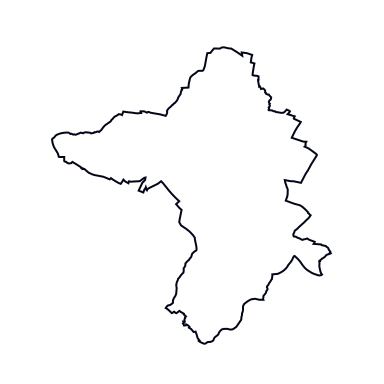 the district of Apoldu De Jos, Sibiu, Romania, rotated 189°
{"feature_id": "2599482B80267229477921", "entity_name": "Apoldu De Jos", "entity_type": "district", "adm_level": 2, "iso_a3": "ROU", "parent_name": "Romania", "parent_adm1": "Sibiu", "projection": "natural_earth1", "projection_center": [23.854, 45.907], "detail": "fine", "context": "isolated", "style": "outline", "palette": "ink", "viewbox_px": 384, "rotation_deg": 189, "n_neighbors": 0, "source": "geoboundaries", "source_scale": "gbopen_adm2", "svg_char_len": 5943}
<svg xmlns="http://www.w3.org/2000/svg" viewBox="0 0 384 384"><g transform="rotate(189 192 192)"><path d="M335.5,226.4L336.6,224.4L338.1,222.8L338.5,222.1L337.3,218.4L335.4,214.8L330.7,209.3L329.9,207.8L329.1,205.9L328.0,205.9L323.7,206.6L323.1,202.7L322.8,202.4L322.0,202.1L320.9,202.1L320.3,201.5L318.2,200.9L317.7,201.0L315.8,201.6L314.9,203.0L309.9,201.0L306.3,199.4L305.3,198.9L305.2,198.3L304.7,197.9L304.3,197.8L303.9,198.3L303.5,198.3L303.2,197.6L301.9,197.9L297.1,194.9L293.0,193.8L291.1,193.5L281.9,193.2L275.2,191.6L274.2,193.0L272.3,192.0L269.3,190.7L265.8,189.4L263.7,188.9L262.6,191.1L261.7,193.5L259.6,192.0L256.2,190.7L255.9,192.7L254.2,192.6L245.3,194.5L241.4,198.5L240.2,199.0L240.2,196.5L242.5,193.3L244.9,185.0L240.0,183.9L239.7,185.2L239.8,185.8L239.2,187.4L238.8,187.7L238.4,189.5L237.2,186.9L236.8,186.6L236.6,187.2L235.9,188.5L226.9,194.9L224.2,197.8L221.8,196.0L215.0,189.8L211.9,187.2L207.2,183.6L203.2,180.9L205.8,177.5L202.1,174.4L199.5,172.7L199.9,163.7L199.9,160.2L197.6,157.3L192.0,154.7L188.1,152.5L184.2,149.5L182.1,147.3L181.9,146.1L179.3,139.2L178.7,137.1L178.5,135.6L178.6,135.0L180.6,133.2L182.2,131.0L182.6,128.0L182.8,127.4L184.0,125.6L184.3,124.5L185.6,123.1L187.3,120.4L187.3,120.0L187.1,118.3L187.3,117.4L188.3,115.3L187.8,112.3L187.9,110.9L188.7,110.0L190.5,107.0L191.0,105.6L192.1,104.2L192.2,103.0L192.9,100.4L193.0,98.5L192.9,97.0L192.1,94.8L191.7,88.9L192.3,86.4L192.9,85.3L193.8,82.5L193.8,81.7L193.5,79.6L194.3,78.5L196.3,76.7L197.4,76.5L198.1,76.1L199.1,74.8L199.8,73.3L198.3,72.7L196.7,71.8L193.0,69.2L192.2,69.7L191.4,70.7L190.9,71.0L189.3,70.0L188.3,69.9L187.1,71.3L185.8,72.6L184.6,71.9L181.0,70.5L181.1,70.0L181.0,69.8L178.5,68.2L179.3,67.0L179.0,66.4L179.3,65.9L179.5,64.9L179.0,63.2L180.3,62.8L179.2,61.7L180.4,60.8L179.6,59.9L179.1,58.9L177.3,59.3L177.0,60.3L175.7,59.9L174.5,59.3L173.4,58.4L173.8,57.5L171.5,56.6L168.5,54.0L166.6,54.6L166.2,53.6L165.4,52.5L163.6,48.6L163.0,48.0L161.5,46.7L162.0,46.4L162.2,46.1L162.1,45.9L160.6,45.2L157.6,44.3L156.5,44.1L155.4,44.2L154.6,44.8L153.1,46.2L150.2,46.9L148.8,47.7L148.0,48.4L147.6,49.2L147.4,50.6L147.1,51.4L146.7,52.1L144.1,54.9L143.7,55.5L143.3,57.5L142.0,59.8L141.1,60.9L138.9,61.9L137.8,61.9L136.0,62.4L132.7,62.1L130.9,62.5L129.6,63.3L127.1,65.8L123.4,73.6L123.6,75.9L123.4,78.3L123.6,80.1L123.2,81.6L123.2,83.8L123.7,86.7L123.5,88.0L123.1,89.3L122.2,90.4L119.5,93.2L117.1,95.0L116.1,95.5L112.9,96.4L108.8,96.1L104.7,96.7L105.1,97.3L105.0,98.9L105.2,100.5L103.3,103.7L103.0,106.0L102.2,107.4L102.4,108.6L103.1,109.6L103.1,110.6L102.2,111.9L101.6,113.9L100.6,115.8L100.1,117.3L99.4,118.7L99.5,119.4L99.5,121.7L99.8,123.2L94.4,124.6L91.4,126.7L89.3,128.6L87.4,131.0L86.2,133.0L85.5,135.0L83.7,138.0L82.5,140.5L81.8,143.3L81.0,144.8L80.7,144.9L76.8,142.3L74.1,140.0L71.8,137.5L69.0,134.9L66.1,133.0L60.6,130.7L58.5,130.2L54.6,129.5L53.2,129.5L51.5,130.0L50.7,130.8L51.8,131.9L52.6,133.3L54.0,136.7L54.7,138.9L54.9,141.5L55.5,143.4L54.8,143.7L55.1,144.2L52.9,146.7L50.9,148.4L49.3,150.9L45.5,153.0L46.3,153.6L45.8,154.3L46.0,154.7L47.8,156.3L48.5,157.7L49.2,158.3L51.1,159.2L51.4,159.6L55.6,159.8L56.2,160.4L63.7,159.8L63.3,160.6L63.0,162.0L68.7,163.1L71.0,164.1L72.9,163.1L74.2,162.7L75.3,162.0L76.9,162.3L78.5,163.0L80.9,163.4L81.6,163.8L82.6,164.1L84.4,164.0L85.0,164.7L85.3,166.1L84.8,167.8L84.4,169.9L82.1,172.3L81.2,173.7L76.2,179.9L74.6,182.2L73.1,184.0L72.0,185.8L71.2,187.6L72.3,188.1L73.1,189.0L74.2,189.5L74.4,190.3L77.2,192.4L80.6,194.6L83.4,195.8L89.3,196.4L98.0,198.1L97.5,201.2L97.2,202.0L97.4,202.8L97.1,203.7L97.8,209.4L98.8,211.2L99.3,211.7L99.5,212.5L101.4,216.0L102.2,218.3L96.4,218.1L93.0,218.5L85.8,218.1L82.6,227.7L80.8,231.7L78.7,237.7L74.5,247.6L74.4,248.1L75.6,249.2L83.7,253.3L87.8,254.4L87.3,255.0L87.1,256.3L87.4,256.9L87.4,258.4L87.0,259.5L90.2,259.2L102.0,261.2L99.8,268.2L98.3,272.1L96.2,276.4L95.5,278.2L102.8,280.3L103.0,280.5L103.0,280.8L102.4,282.8L109.7,283.8L108.4,285.7L107.9,287.0L108.8,287.5L111.4,288.2L112.7,286.1L113.9,284.7L116.2,284.1L120.5,284.2L121.5,284.1L122.7,284.7L124.1,284.5L125.6,285.1L128.9,284.8L129.2,285.0L129.2,285.3L128.9,286.6L129.5,287.4L129.2,288.0L128.7,288.5L128.6,289.1L128.7,289.7L129.3,290.5L128.9,291.4L129.7,292.0L130.2,292.9L129.9,294.4L128.7,295.7L128.6,297.8L131.6,300.3L132.6,300.1L134.2,300.6L134.5,300.8L134.5,301.3L135.4,301.9L135.5,303.4L136.3,304.4L138.0,305.4L139.9,304.5L141.2,306.6L141.5,306.9L142.1,306.5L144.1,312.0L144.3,313.0L143.8,313.2L144.4,316.6L146.1,316.9L148.8,316.7L150.4,316.9L150.6,317.6L150.6,322.7L150.6,326.7L150.4,328.7L152.8,329.1L154.2,329.2L154.3,334.0L154.0,336.8L159.4,337.7L164.7,337.6L163.7,334.4L168.6,336.8L175.2,339.6L175.7,339.8L178.2,339.6L182.5,339.9L184.3,339.7L185.4,339.2L186.9,338.0L192.7,337.2L194.9,333.6L195.5,332.3L198.6,331.5L198.8,327.6L199.0,318.4L199.2,317.1L199.8,314.3L200.5,313.4L204.2,312.8L205.0,312.4L207.2,309.9L209.4,307.8L211.2,305.6L211.5,304.9L211.8,303.3L212.1,298.3L211.8,294.6L218.3,293.2L217.8,292.2L218.2,291.7L217.9,291.3L218.2,291.1L218.3,290.7L218.6,288.5L218.6,287.0L220.4,283.2L220.4,282.2L221.3,279.7L222.9,277.2L223.4,277.0L224.3,275.4L224.8,275.3L226.5,272.7L227.6,271.6L229.2,269.1L229.3,268.5L229.3,267.8L229.0,267.3L229.0,266.4L229.2,264.9L229.9,263.1L235.8,263.7L244.3,263.8L245.7,263.9L247.4,264.3L247.9,264.2L249.0,263.3L251.3,264.1L252.4,264.1L255.4,263.6L254.6,262.1L257.9,261.2L260.0,261.0L262.9,261.0L269.0,260.7L272.4,260.7L273.2,257.1L273.8,257.4L276.5,257.4L278.7,255.3L279.8,254.7L280.9,253.4L282.1,251.3L282.8,250.7L283.2,249.4L283.4,249.0L288.3,244.3L289.8,242.0L291.2,239.2L293.2,236.7L293.7,237.0L294.8,237.0L296.9,235.8L297.8,235.8L298.3,235.0L300.8,234.1L301.4,234.4L302.6,234.6L303.3,234.6L303.8,234.4L305.4,234.5L307.5,234.0L308.9,232.9L310.1,233.2L311.1,233.2L315.7,230.4L317.3,230.5L318.1,230.1L320.2,230.7L321.2,230.3L322.5,231.1L323.3,231.3L325.2,231.1L328.0,230.4L331.1,229.3L334.0,227.7L335.5,226.4Z" fill="none" stroke="#020617" stroke-width="2"/></g></svg>